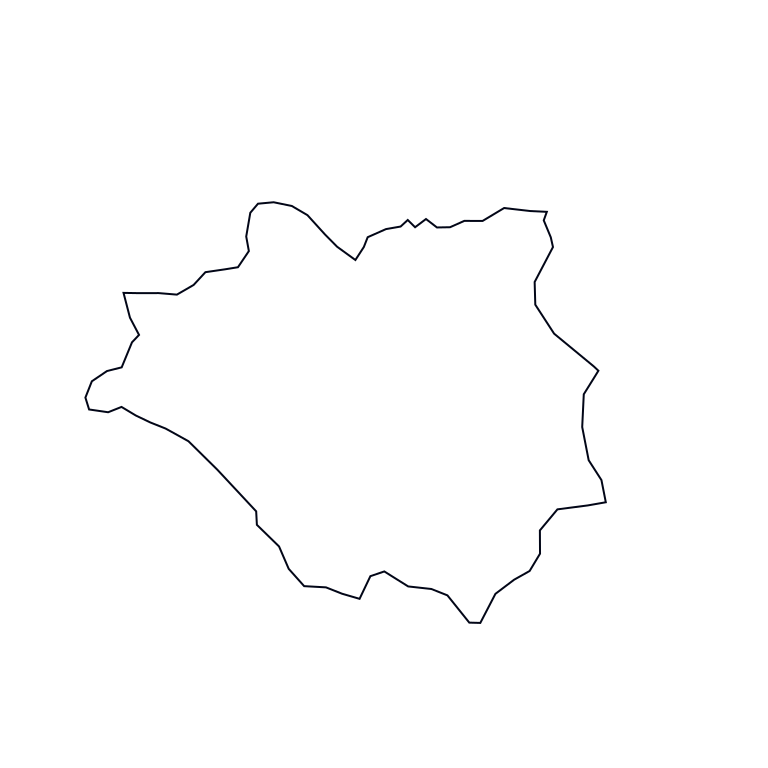 the district of Vaggeryd, Jönköping, Sweden, rotated 318°
{"feature_id": "70781695B19954774542686", "entity_name": "Vaggeryd", "entity_type": "district", "adm_level": 2, "iso_a3": "SWE", "parent_name": "Sweden", "parent_adm1": "Jönköping", "projection": "orthographic", "projection_center": [14.158, 57.502], "detail": "fine", "context": "isolated", "style": "outline", "palette": "ink", "viewbox_px": 768, "rotation_deg": 318, "n_neighbors": 0, "source": "geoboundaries", "source_scale": "gbopen_adm2", "svg_char_len": 1174}
<svg xmlns="http://www.w3.org/2000/svg" viewBox="0 0 768 768"><g transform="rotate(318 384 384)"><path d="M552.2,517.6L551.7,511.5L544.1,460.4L549.5,426.3L564.2,409.0L601.2,395.3L606.1,386.6L612.2,369.3L620.2,365.0L608.4,353.3L591.0,333.6L566.4,328.8L552.8,316.5L538.0,311.7L528.1,303.1L525.6,289.5L512.0,288.3L511.4,278.0L501.7,278.1L489.1,270.2L470.1,264.0L460.7,268.7L445.7,272.7L441.0,250.6L440.2,233.3L440.1,207.3L434.6,190.0L423.6,175.1L411.0,165.7L399.2,167.3L380.3,182.2L372.5,194.8L353.6,199.5L342.6,192.4L326.1,181.4L308.8,183.0L289.9,179.0L277.3,165.6L263.2,153.0L251.4,142.0L239.6,164.7L234.8,183.6L224.6,184.4L200.2,196.1L186.8,189.0L168.7,186.5L153.0,194.3L147.8,205.6L160.1,220.4L173.6,225.4L178.5,241.4L184.6,256.2L191.9,271.0L200.4,295.7L202.8,336.3L203.8,393.1L195.3,403.6L197.3,434.5L189.5,457.6L189.4,480.8L204.8,496.3L212.5,511.8L222.1,527.3L245.3,517.7L258.8,523.5L266.5,550.6L282.0,568.0L289.7,583.5L287.7,618.4L295.7,626.0L326.4,614.5L349.7,616.5L367.1,620.4L386.4,614.5L401.9,597.1L429.0,593.2L454.2,610.6L469.7,620.3L481.3,600.9L485.1,577.6L502.5,548.6L525.6,525.3L543.7,520.1L552.2,517.6Z" fill="none" stroke="#020617" stroke-width="2"/></g></svg>